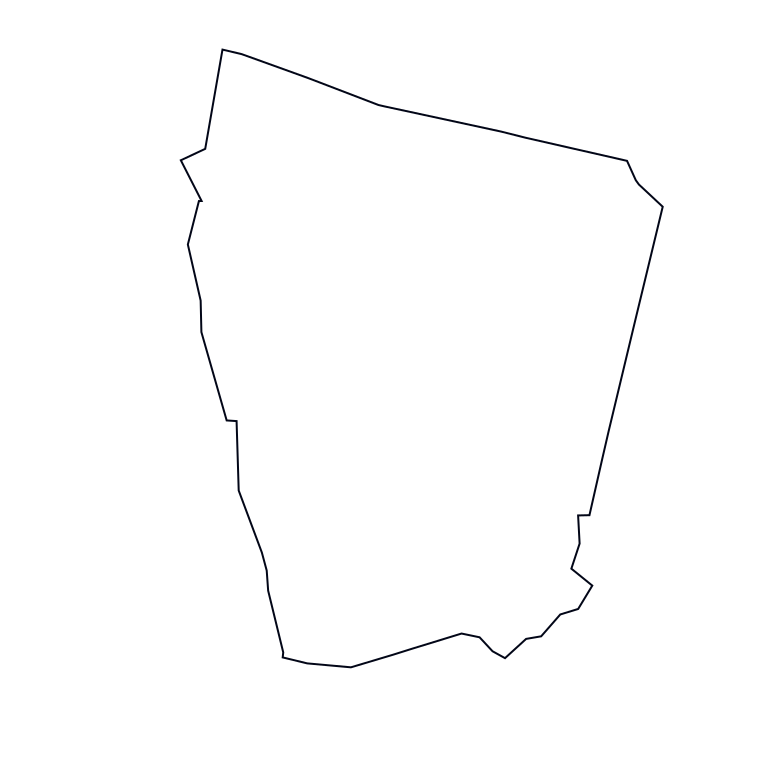 Barrigada, Guam (orthographic projection), rotated 283°
{"feature_id": "77769853B91363375193449", "entity_name": "Barrigada", "entity_type": "district", "adm_level": 2, "iso_a3": "GUM", "parent_name": "Guam", "parent_adm1": "", "projection": "orthographic", "projection_center": [144.805, 13.478], "detail": "fine", "context": "isolated", "style": "outline", "palette": "ink", "viewbox_px": 768, "rotation_deg": 283, "n_neighbors": 0, "source": "geoboundaries", "source_scale": "gbopen_adm2", "svg_char_len": 726}
<svg xmlns="http://www.w3.org/2000/svg" viewBox="0 0 768 768"><g transform="rotate(283 384 384)"><path d="M94.8,346.8L94.5,372.0L100.5,415.5L122.3,453.8L132.6,471.3L158.3,515.7L158.7,534.1L148.0,549.9L144.1,563.6L167.6,579.8L173.5,593.9L199.1,607.6L208.5,623.8L234.4,632.3L246.2,608.1L272.5,610.5L299.6,602.7L302.4,613.7L359.6,613.5L388.7,613.5L503.1,614.5L619.4,615.7L635.7,587.5L639.2,583.5L656.1,570.6L655.8,466.6L656.3,441.3L654.6,322.3L654.6,315.8L665.0,241.5L673.4,171.1L673.5,151.4L572.9,156.9L556.3,135.7L521.3,165.1L520.6,162.5L475.8,161.5L424.0,186.6L393.5,194.4L313.1,238.9L314.7,248.7L247.5,266.4L192.3,302.9L175.8,311.7L156.6,317.6L99.8,346.2L94.8,346.8Z" fill="none" stroke="#020617" stroke-width="2"/></g></svg>